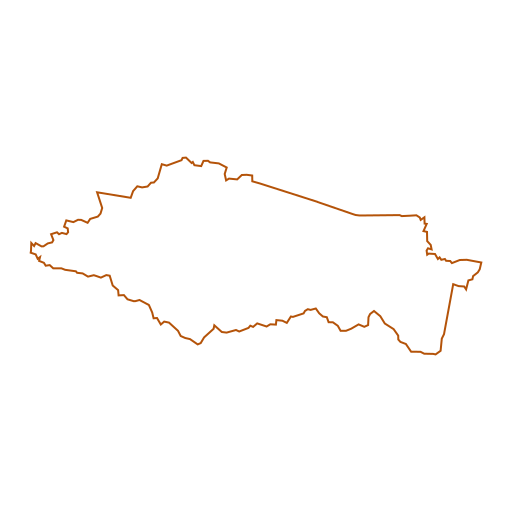 the district of Maricao, Puerto Rico
{"feature_id": "32010507B97201459085327", "entity_name": "Maricao", "entity_type": "district", "adm_level": 2, "iso_a3": "PRI", "parent_name": "Puerto Rico", "parent_adm1": "", "projection": "equal_earth", "projection_center": [-66.947, 18.173], "detail": "fine", "context": "isolated", "style": "outline", "palette": "amber", "viewbox_px": 512, "rotation_deg": 0, "n_neighbors": 0, "source": "geoboundaries", "source_scale": "gbopen_adm2", "svg_char_len": 2449}
<svg xmlns="http://www.w3.org/2000/svg" viewBox="0 0 512 512"><path d="M481.3,262.5L466.8,259.8L459.8,260.0L451.9,263.1L450.2,261.0L446.1,260.8L444.9,259.0L441.3,259.8L439.6,257.4L437.9,259.0L435.0,254.0L428.7,253.6L427.2,254.7L426.6,250.6L428.0,248.3L431.6,249.4L430.7,244.9L427.2,241.1L427.0,231.9L423.5,231.1L426.7,223.9L424.6,223.6L424.4,217.3L420.7,219.9L419.8,217.5L416.4,215.3L409.9,215.7L401.8,216.1L399.6,215.1L359.7,215.5L355.6,215.0L352.8,214.1L317.6,202.0L317.3,201.8L260.0,183.5L252.3,181.3L252.2,175.5L246.7,174.8L241.8,175.0L237.2,179.4L229.0,178.6L226.1,180.4L224.7,174.0L226.7,167.5L218.8,163.4L210.1,162.4L208.0,160.8L203.5,160.9L201.2,166.1L194.4,165.2L192.8,162.0L191.6,163.0L186.0,157.6L182.6,157.9L181.5,160.2L166.7,165.6L161.8,164.2L157.7,178.4L153.9,182.5L151.0,182.7L147.6,186.5L142.1,187.4L137.3,186.3L133.1,191.1L130.7,197.8L97.1,192.3L102.2,208.0L100.5,213.6L97.8,216.6L90.2,218.9L87.6,222.8L81.2,219.9L78.0,219.8L73.4,222.1L66.3,220.4L64.1,226.7L67.7,228.4L68.1,232.2L66.5,234.1L61.9,232.9L59.0,234.2L57.0,232.3L51.1,234.2L53.4,240.1L52.1,242.4L47.8,243.4L43.5,246.3L41.6,246.4L35.6,243.1L34.1,246.0L31.3,243.0L31.0,250.8L30.7,252.7L35.7,254.4L37.7,258.8L40.0,257.1L39.1,260.9L43.9,262.8L45.7,265.7L49.7,265.1L53.2,268.3L61.3,268.3L65.1,269.8L75.9,271.3L77.1,272.8L82.6,273.4L88.0,276.6L93.8,275.2L96.3,276.0L100.9,277.6L106.3,275.1L109.7,275.7L112.7,285.5L118.1,290.1L118.6,295.4L123.9,295.1L127.5,299.3L133.8,301.2L135.5,301.1L139.5,300.0L148.9,305.0L152.2,312.5L153.6,318.3L157.0,318.0L160.8,324.5L164.2,321.6L169.0,322.6L178.0,330.8L180.7,336.0L185.2,338.0L190.0,339.1L197.7,344.4L200.7,343.1L204.1,337.4L213.6,328.8L214.3,325.3L221.8,332.0L226.6,332.6L236.0,330.0L239.2,331.5L248.5,327.9L250.3,325.7L253.1,326.9L257.2,323.4L266.6,326.5L270.3,324.3L275.9,324.6L276.4,320.1L282.4,320.7L286.8,322.9L290.9,316.5L292.9,316.9L303.6,313.4L305.0,310.9L307.8,309.2L310.6,309.9L315.8,308.5L319.2,313.3L322.9,316.5L326.8,317.2L328.6,322.2L332.9,322.3L337.8,325.8L340.6,330.8L346.0,330.8L351.2,328.7L358.6,324.4L364.3,326.8L368.1,325.1L368.5,317.2L370.1,314.0L374.0,311.0L380.3,316.2L384.8,323.5L393.6,329.1L398.2,335.6L398.3,339.5L400.4,341.9L405.9,344.0L411.1,351.7L420.5,351.8L424.2,353.7L433.2,353.9L435.6,354.4L440.6,350.8L441.8,338.6L444.0,334.2L453.2,284.2L458.6,286.1L464.2,286.5L466.1,289.4L468.4,280.4L472.4,279.3L473.1,276.1L477.8,272.4L479.7,269.3L481.3,262.5Z" fill="none" stroke="#b45309" stroke-width="2"/></svg>